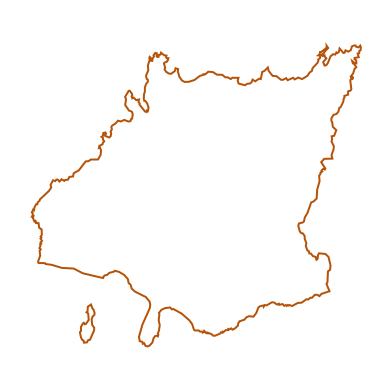 the district of Ende, Nusa Tenggara Timur, Indonesia, rotated 4°
{"feature_id": "22746128B46201528673681", "entity_name": "Ende", "entity_type": "district", "adm_level": 2, "iso_a3": "IDN", "parent_name": "Indonesia", "parent_adm1": "Nusa Tenggara Timur", "projection": "equal_earth", "projection_center": [121.742, -8.674], "detail": "fine", "context": "isolated", "style": "outline", "palette": "amber", "viewbox_px": 384, "rotation_deg": 4, "n_neighbors": 0, "source": "geoboundaries", "source_scale": "gbopen_adm2", "svg_char_len": 5896}
<svg xmlns="http://www.w3.org/2000/svg" viewBox="0 0 384 384"><g transform="rotate(4 192 192)"><path d="M340.9,84.0L340.7,80.7L343.1,79.7L343.8,78.3L342.1,69.8L342.4,68.6L344.2,68.1L344.7,67.0L344.2,66.1L342.7,66.5L342.3,65.7L344.5,62.5L345.5,58.0L347.2,56.0L344.7,52.8L343.5,52.5L342.7,50.2L345.6,52.3L347.0,52.2L346.6,49.2L344.9,48.2L344.9,46.9L348.9,45.9L347.6,42.3L349.1,41.9L349.1,39.6L350.3,38.8L350.3,35.6L349.6,34.2L348.0,36.1L345.7,35.7L344.9,34.4L343.0,34.7L341.4,35.6L340.6,39.3L338.2,41.1L335.2,40.0L334.6,42.3L333.4,42.8L329.2,38.5L328.7,42.1L327.3,43.3L326.3,42.7L325.3,44.9L323.2,44.7L320.7,47.0L318.6,53.7L317.1,56.1L315.4,56.6L313.8,53.3L316.7,49.2L315.1,47.8L314.7,46.4L312.7,47.3L311.9,45.8L314.2,43.9L314.4,42.8L317.8,38.9L316.1,36.7L316.3,38.1L315.3,39.6L311.1,43.4L310.0,43.4L309.7,45.6L308.4,46.9L310.4,47.0L310.3,49.5L308.6,51.1L308.9,52.3L308.2,54.4L303.6,60.1L303.2,62.8L301.0,64.6L299.0,68.1L293.9,71.7L290.1,70.4L286.6,72.5L284.9,71.0L279.6,73.8L278.0,71.9L274.7,73.8L272.9,73.8L268.2,70.6L264.3,70.5L260.0,65.8L259.0,62.5L255.9,66.1L253.7,67.3L252.7,74.6L251.0,74.3L247.3,77.2L244.6,75.7L243.7,78.4L242.4,79.7L239.8,80.1L237.3,81.8L231.0,80.6L229.8,77.8L230.4,74.9L224.3,75.2L222.8,76.6L219.4,75.1L217.3,75.3L214.1,73.0L208.7,73.2L204.4,70.9L199.8,70.9L197.4,73.3L194.2,74.0L197.2,73.6L191.8,75.6L186.6,80.1L181.1,82.3L176.9,82.7L174.3,81.5L171.3,77.9L169.4,72.4L169.6,70.4L167.0,69.7L166.4,72.6L162.8,75.6L160.4,75.4L157.7,73.8L156.1,71.6L156.6,70.0L155.1,65.9L155.3,65.0L157.8,63.8L158.8,62.0L159.1,60.2L157.6,60.4L156.7,59.2L157.0,57.7L154.6,57.5L151.4,55.2L151.0,57.1L149.3,57.6L149.2,59.5L148.0,59.7L147.2,58.9L147.2,56.1L145.7,55.8L144.1,58.3L144.6,59.4L143.3,61.8L143.2,64.0L141.8,63.9L141.4,61.0L140.4,60.1L140.1,60.8L140.5,63.3L139.2,68.8L139.9,73.6L138.0,79.3L138.9,82.2L140.1,83.1L140.3,84.9L138.6,87.6L137.7,91.1L138.0,95.1L137.3,97.9L137.4,102.3L138.0,104.4L139.1,104.4L141.2,106.9L142.8,111.0L142.3,114.5L141.2,114.0L141.0,115.4L139.4,114.9L133.5,108.4L133.6,107.3L132.3,105.8L132.7,103.4L129.9,104.2L127.1,101.9L125.9,102.7L125.1,100.8L125.7,99.8L125.3,98.3L122.9,95.4L121.8,95.5L118.6,101.8L119.7,103.9L119.3,109.9L123.4,115.1L126.4,116.1L127.5,118.5L127.1,123.0L126.1,123.5L125.7,125.6L123.5,126.1L119.4,124.8L116.1,126.6L113.2,126.0L111.2,128.6L107.5,131.6L107.0,133.0L107.7,134.9L106.6,137.6L107.3,139.2L107.0,141.9L105.6,143.4L101.5,142.1L101.2,141.0L102.2,139.9L101.5,138.7L99.4,139.3L99.2,142.2L97.9,143.3L99.3,144.1L99.7,146.2L100.9,147.5L99.6,149.3L99.4,150.7L96.3,152.4L96.1,154.5L97.1,154.0L98.4,156.9L98.2,161.5L96.0,166.1L88.8,166.7L86.7,168.4L83.8,168.9L77.6,178.3L72.7,181.5L72.2,184.8L68.6,185.5L67.5,188.3L64.3,189.0L63.8,189.8L61.0,188.4L59.1,190.8L57.2,189.0L55.9,189.1L54.7,190.7L52.5,190.0L50.4,194.9L51.3,197.1L49.5,200.6L40.8,210.0L40.6,211.3L38.8,213.1L38.6,215.0L37.5,215.0L36.0,218.1L35.6,221.3L34.7,220.7L33.7,223.6L34.4,223.8L34.8,225.8L34.1,227.6L35.5,227.2L35.1,229.0L36.7,232.2L37.7,231.6L38.5,232.5L38.1,233.2L38.5,233.9L41.1,233.8L42.1,238.4L44.6,239.8L45.2,245.3L44.1,247.1L45.0,248.1L44.1,249.0L45.8,251.3L44.4,253.0L45.2,254.1L44.1,254.9L44.6,256.3L43.7,258.6L45.1,259.8L44.1,261.3L45.0,266.1L43.3,272.1L43.9,273.6L50.2,273.2L51.1,274.1L56.9,274.4L67.6,276.8L79.2,276.6L88.8,280.7L107.6,283.8L109.4,283.9L109.5,282.7L110.9,281.2L112.9,280.8L115.2,278.4L119.5,277.0L120.4,276.0L124.6,276.7L130.1,279.4L134.1,283.3L135.1,287.2L137.2,288.8L138.6,292.6L142.2,295.4L153.3,300.0L157.3,304.2L158.2,307.2L158.0,310.8L151.8,327.7L149.2,340.2L150.3,344.5L152.9,344.9L153.5,346.8L154.8,346.2L156.4,348.8L158.7,349.1L160.4,348.1L163.0,344.9L163.9,340.4L165.3,338.3L167.0,337.8L168.0,338.4L168.4,336.7L167.8,335.7L168.7,332.5L169.1,327.1L167.7,322.2L168.0,316.2L167.4,315.0L169.7,311.7L173.3,309.7L178.2,308.7L180.1,310.5L181.5,310.0L190.3,314.1L198.3,320.2L201.3,323.7L203.6,329.3L204.5,329.9L208.5,329.7L209.7,330.7L212.3,330.5L212.5,331.5L213.8,331.0L214.0,329.8L216.1,331.8L217.4,331.9L217.4,331.2L221.5,332.5L223.0,333.8L225.0,333.8L230.0,331.2L230.7,330.0L231.8,330.3L232.2,329.3L232.9,329.8L235.2,327.5L237.6,327.2L237.7,326.1L239.0,326.5L240.5,325.3L242.1,326.5L244.1,325.3L247.0,322.3L247.3,319.8L248.4,317.7L253.2,315.7L255.0,313.2L257.6,311.9L262.0,312.1L264.5,308.3L266.3,302.6L267.7,301.3L271.1,300.2L271.5,301.4L272.4,299.7L274.4,299.9L279.3,296.5L281.4,296.4L284.6,298.3L286.5,297.4L286.9,298.5L290.2,297.5L291.9,299.1L293.4,298.2L294.4,299.1L295.5,298.0L296.4,298.5L297.1,297.9L299.7,298.8L305.3,295.3L309.2,294.7L313.6,291.0L315.5,291.1L317.5,289.2L319.0,289.2L321.7,286.0L324.2,285.8L326.4,287.0L328.2,284.6L336.1,281.4L332.6,274.4L333.4,272.5L333.2,261.7L335.2,259.9L335.3,255.6L332.7,247.2L329.4,244.5L322.9,244.3L322.0,246.5L322.0,249.9L320.9,250.9L319.8,248.1L317.2,247.6L314.9,245.1L313.3,245.1L312.8,243.0L311.2,242.3L309.3,237.9L309.6,234.9L307.7,230.8L307.5,228.1L305.5,225.6L303.7,225.3L302.3,223.8L300.4,218.4L300.9,215.9L304.6,214.7L305.8,213.4L306.3,209.5L308.6,205.0L311.6,194.1L314.0,192.9L316.8,189.9L316.7,181.1L318.5,172.3L317.7,166.9L318.9,164.9L318.7,164.0L320.4,162.5L319.6,161.9L320.3,160.7L321.4,159.8L322.9,160.3L323.4,159.4L318.8,153.2L321.6,149.7L329.7,148.9L328.6,145.5L330.3,139.3L330.3,136.4L327.7,131.9L328.0,129.1L327.4,126.7L329.9,126.0L331.6,120.2L327.9,117.1L327.0,112.6L326.1,111.4L325.9,108.9L327.8,105.2L330.8,104.0L332.5,101.5L333.0,98.0L334.1,97.2L335.4,94.5L336.7,91.0L336.8,88.1L337.3,87.5L337.6,88.0L337.3,85.5L340.9,84.0ZM100.8,315.2L99.1,311.3L96.1,313.7L96.1,318.4L95.2,319.3L96.9,320.4L97.9,326.8L95.5,330.9L94.3,331.4L93.2,330.0L92.3,330.8L90.6,334.4L91.0,338.4L90.0,339.6L90.2,340.7L91.4,344.8L92.8,347.2L94.2,347.8L94.7,349.8L97.6,349.4L98.8,347.0L100.6,346.5L101.5,343.8L101.0,343.5L101.5,343.8L103.9,337.3L104.0,334.4L101.7,331.5L100.8,326.4L101.3,323.6L103.2,321.3L103.3,319.6L102.0,316.2L100.8,315.2Z" fill="none" stroke="#b45309" stroke-width="2"/></g></svg>